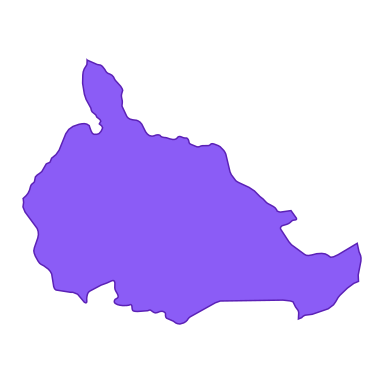 the border of Ombella-M'Poko, rotated 180°
{"feature_id": "CAF-4856", "entity_name": "Ombella-M'Poko", "entity_type": "Prefecture", "adm_level": 1, "iso_a3": "CAF", "parent_name": "Central African Republic", "parent_adm1": "", "projection": "albers", "projection_center": [18.055, 4.882], "detail": "fine", "context": "isolated", "style": "filled", "palette": "violet", "viewbox_px": 384, "rotation_deg": 180, "n_neighbors": 0, "source": "natural_earth", "source_scale": "10m", "svg_char_len": 3860}
<svg xmlns="http://www.w3.org/2000/svg" viewBox="0 0 384 384"><g transform="rotate(180 192 192)"><path d="M360.9,185.5L357.8,188.4L356.0,190.7L354.5,193.8L353.4,197.8L352.8,199.1L351.7,200.3L350.6,201.1L349.6,202.2L348.6,207.1L346.8,209.0L344.6,210.5L342.2,212.4L337.8,220.0L337.2,220.4L334.7,221.4L334.2,221.8L333.9,222.0L332.4,225.8L328.0,229.4L324.9,233.8L318.2,250.3L315.2,254.6L311.0,257.6L305.0,259.7L302.3,260.2L299.7,260.4L297.2,259.9L294.8,258.4L293.9,255.7L292.9,253.0L291.7,250.8L290.2,249.7L287.1,249.7L285.0,250.4L283.0,252.6L281.9,254.8L281.4,256.2L282.3,258.1L284.7,260.1L283.2,262.8L284.0,264.4L287.2,266.9L288.2,269.1L291.8,272.1L292.6,273.5L293.2,276.0L297.9,284.6L299.6,289.7L301.4,300.7L301.2,308.9L300.8,312.1L299.8,315.0L297.1,319.4L296.9,322.4L296.9,324.0L296.8,323.9L286.8,319.5L283.5,318.9L282.3,318.2L281.2,317.1L279.1,314.4L278.3,312.9L277.3,311.6L276.1,310.7L274.1,309.9L272.1,308.8L270.8,307.4L270.2,306.6L269.9,305.7L268.7,303.7L263.3,297.7L261.9,295.4L261.3,293.7L262.3,290.3L262.6,288.7L262.5,287.0L261.7,283.0L261.7,281.2L262.0,278.7L261.9,277.6L257.1,267.4L255.7,265.9L254.0,264.9L251.3,264.2L247.4,263.7L245.9,263.1L244.1,262.0L242.2,259.8L238.4,252.2L236.7,250.0L234.6,248.4L231.9,247.8L230.0,248.2L227.8,249.0L225.9,249.2L224.2,248.8L222.9,247.4L221.4,246.8L219.7,246.5L218.4,246.4L217.3,246.2L214.0,245.1L211.1,244.5L209.4,244.6L208.7,244.8L208.0,245.1L207.3,245.6L206.6,246.3L205.9,247.1L204.8,247.5L203.5,247.4L200.6,246.3L199.2,246.0L197.5,246.0L196.7,245.6L195.8,244.5L195.3,243.3L194.9,241.4L194.4,240.5L193.4,239.8L187.1,237.2L185.7,237.1L184.4,237.4L183.1,238.0L181.5,238.3L175.6,238.4L174.5,238.7L173.9,239.2L173.3,239.8L172.6,240.2L171.3,240.3L169.7,239.9L165.8,238.4L163.9,237.3L160.2,233.5L159.1,231.8L158.2,229.9L154.0,212.2L152.7,209.3L148.3,203.4L147.0,202.4L145.2,201.4L134.9,196.6L129.5,193.0L124.1,187.5L120.9,185.0L118.0,181.9L116.6,180.7L110.5,177.4L108.8,176.1L107.4,174.2L106.8,172.9L105.0,172.2L103.7,171.9L93.0,173.4L87.6,165.8L87.5,165.3L87.5,164.9L87.6,164.6L87.9,164.4L88.2,164.2L88.6,164.1L90.5,163.8L91.4,163.6L92.1,163.1L94.0,161.4L95.3,160.5L97.1,159.7L101.8,158.3L102.8,157.5L103.5,156.4L103.5,155.1L95.1,142.2L92.5,139.2L79.3,129.5L77.7,128.7L75.5,128.5L72.4,129.0L67.3,130.3L62.3,130.6L58.8,130.1L56.4,128.9L53.3,126.7L50.4,127.2L45.9,129.3L26.8,140.7L25.0,132.3L23.4,128.4L23.0,126.1L23.1,122.9L25.8,109.0L25.5,102.6L30.1,100.7L36.6,95.9L44.0,88.8L45.9,86.5L48.3,82.3L50.5,79.2L55.8,75.2L71.8,69.7L78.9,68.8L80.1,68.2L81.2,67.5L82.4,66.3L85.6,65.0L85.3,71.3L85.8,73.4L88.5,77.1L91.0,82.2L93.9,83.1L101.1,83.9L163.7,83.0L168.7,81.2L193.6,67.3L194.8,66.4L195.8,65.3L196.7,63.9L198.2,62.4L200.3,61.1L204.1,60.0L206.3,60.3L208.0,60.9L210.6,62.8L217.4,65.8L218.1,66.7L218.5,68.1L218.5,70.3L218.8,71.1L219.5,71.8L221.1,72.6L222.5,72.7L224.0,72.5L226.8,71.4L228.5,71.1L229.7,71.4L231.0,72.1L233.2,73.7L234.0,74.0L234.6,73.9L235.2,73.7L236.2,73.3L246.6,72.5L249.1,72.7L250.7,73.1L251.4,73.8L251.7,74.6L251.9,75.6L252.0,76.8L252.1,77.9L252.4,78.7L253.1,79.4L253.6,79.4L255.2,78.8L257.2,78.5L261.2,78.4L264.2,78.8L266.5,79.4L267.9,80.1L268.9,80.7L269.5,81.5L269.7,82.1L269.7,82.8L269.5,83.5L269.2,84.1L268.9,84.6L268.4,84.9L267.2,85.6L266.6,86.0L266.1,86.5L265.8,87.5L266.0,88.6L266.6,90.1L268.3,93.1L268.9,94.5L269.2,96.2L269.1,100.8L269.3,102.0L270.1,103.3L271.0,103.5L272.3,103.2L276.9,101.1L282.9,98.9L294.0,93.0L295.4,91.9L296.2,90.6L296.7,89.2L297.1,87.3L297.3,85.6L297.2,82.5L297.4,81.6L298.1,81.1L299.6,81.7L306.4,89.8L311.1,91.7L313.4,91.7L328.0,94.0L329.4,95.2L330.3,97.4L332.3,110.0L333.7,112.6L335.7,114.9L340.2,118.2L343.0,119.7L344.4,120.8L346.0,123.0L348.7,127.9L349.8,130.9L350.2,133.2L349.6,136.3L346.2,146.1L345.6,149.3L345.8,152.4L346.8,155.5L358.9,171.9L360.9,176.7L361.0,177.3L360.4,181.6L360.8,185.3L360.9,185.5Z" fill="#8b5cf6" stroke="#5b21b6" stroke-width="1.5"/></g></svg>